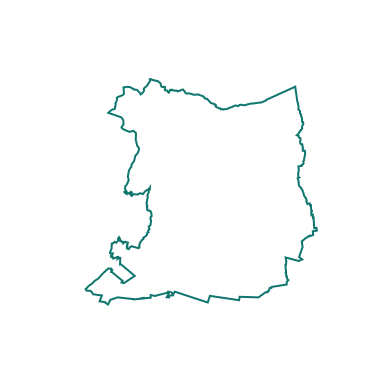 the district of Tlachichuca, Puebla, Mexico, rotated 249°
{"feature_id": "50627088B20721288648973", "entity_name": "Tlachichuca", "entity_type": "district", "adm_level": 2, "iso_a3": "MEX", "parent_name": "Mexico", "parent_adm1": "Puebla", "projection": "equal_earth", "projection_center": [-97.33, 19.148], "detail": "fine", "context": "isolated", "style": "outline", "palette": "teal", "viewbox_px": 384, "rotation_deg": 249, "n_neighbors": 0, "source": "geoboundaries", "source_scale": "gbopen_adm2", "svg_char_len": 6043}
<svg xmlns="http://www.w3.org/2000/svg" viewBox="0 0 384 384"><g transform="rotate(249 192 192)"><path d="M89.2,267.2L89.6,268.9L89.5,270.7L93.0,268.7L100.9,275.5L106.5,276.7L108.1,281.3L109.0,285.7L108.6,285.6L108.4,289.7L112.0,290.7L111.2,294.7L113.9,295.4L114.3,293.1L124.5,296.3L124.5,295.6L127.6,296.6L127.6,295.2L130.7,296.2L130.8,296.8L131.1,297.1L131.6,297.3L132.5,296.8L137.0,298.3L137.1,297.5L139.2,297.7L139.3,295.5L142.3,295.4L142.4,295.8L144.9,296.2L148.6,295.3L151.4,295.7L154.5,295.7L155.6,295.2L156.7,295.4L158.8,294.3L159.5,294.2L162.4,294.8L163.1,295.3L166.9,295.5L167.1,297.1L167.4,296.8L169.1,297.0L170.6,297.6L171.1,297.6L173.8,299.4L177.8,300.6L177.1,303.8L178.0,304.2L177.8,304.7L178.3,305.9L178.9,306.6L180.6,306.8L181.6,308.1L182.6,308.5L186.8,311.2L190.0,312.2L190.4,311.9L190.7,310.2L193.3,311.1L193.3,311.4L196.0,311.6L196.3,312.0L197.0,312.1L197.8,310.7L199.5,310.7L200.0,310.7L201.9,312.1L203.3,312.5L203.8,311.8L204.6,311.4L205.2,311.4L206.2,311.7L207.4,310.2L208.3,312.3L209.8,314.2L210.2,315.5L210.9,315.6L211.5,317.5L213.4,318.1L214.3,318.7L215.8,320.5L216.7,320.3L217.4,320.7L217.6,320.0L218.0,319.9L218.6,320.3L219.3,320.3L220.9,321.0L222.7,321.2L223.7,321.0L225.2,321.6L226.6,321.0L228.6,321.8L229.5,321.6L230.3,321.0L230.9,320.9L233.9,322.2L236.1,322.4L237.3,322.8L238.5,322.7L253.3,326.1L251.4,294.0L250.8,293.4L250.8,288.9L250.9,287.9L251.5,286.5L252.0,283.5L252.7,281.2L252.9,279.8L253.4,279.0L253.6,277.7L253.6,276.6L253.9,276.0L254.0,272.7L254.6,271.2L255.7,269.4L256.2,268.1L256.3,267.6L255.6,265.9L256.9,264.1L257.2,263.4L257.3,262.2L257.0,260.2L257.2,257.6L256.9,255.4L257.5,252.7L257.7,250.8L257.9,250.6L258.4,250.5L258.8,248.6L259.2,248.3L260.1,248.2L260.4,247.4L261.9,246.0L262.6,245.1L263.3,244.9L264.0,245.2L264.2,244.9L265.0,245.3L265.4,244.6L265.7,244.7L266.5,243.9L268.2,241.6L271.0,240.4L272.4,240.1L272.7,239.7L273.6,239.4L274.1,238.3L274.6,238.0L274.7,237.5L276.9,237.1L277.6,236.2L277.9,236.2L279.5,234.1L281.1,232.4L281.3,230.7L281.9,229.7L282.2,228.3L283.3,227.2L285.3,224.3L285.8,222.2L287.1,221.3L288.9,221.2L289.8,220.5L290.8,220.4L291.2,218.9L290.9,217.2L290.9,216.4L291.2,215.7L291.0,214.7L292.3,213.8L292.6,212.5L293.1,211.6L293.5,211.4L293.9,210.4L294.3,210.0L294.4,209.2L294.8,209.5L295.2,208.1L293.1,206.0L294.2,205.3L295.5,205.2L296.6,203.4L297.3,203.2L298.7,204.1L300.0,204.3L300.6,201.9L301.5,201.2L304.6,201.5L305.7,201.1L306.6,200.3L307.3,200.2L308.3,199.2L309.0,197.5L310.2,196.7L310.2,195.9L310.9,195.0L312.0,194.2L312.4,193.0L311.1,192.7L310.0,192.0L309.3,190.5L307.8,189.0L307.6,188.2L306.8,186.9L306.7,186.2L305.9,184.3L305.3,183.8L303.9,183.7L302.6,181.9L301.7,180.1L301.5,179.1L303.3,178.8L306.9,177.3L307.7,176.2L308.1,174.8L309.3,174.4L309.7,173.7L312.4,171.5L312.7,170.4L313.2,169.8L313.6,168.6L313.7,167.6L314.2,165.5L308.3,163.8L307.8,163.1L307.2,161.7L307.3,157.5L307.0,155.7L305.1,155.1L303.0,153.3L302.2,152.2L301.0,152.1L300.0,151.5L299.1,150.5L298.1,150.4L297.4,149.9L297.2,149.3L297.5,147.3L297.3,145.8L295.9,142.2L287.0,152.8L283.8,153.6L279.9,152.5L277.7,149.4L277.3,149.3L275.1,150.4L270.6,155.1L270.1,159.2L267.0,160.8L260.9,158.2L254.9,157.4L252.1,158.2L251.1,157.9L249.8,157.1L248.0,155.5L246.0,152.0L241.5,148.9L239.5,145.6L237.5,144.6L235.9,142.2L234.3,140.6L229.1,137.5L227.5,137.5L225.7,137.1L222.9,134.4L221.9,133.2L221.1,131.6L218.7,130.5L216.5,130.9L215.9,130.1L216.3,129.0L215.6,128.9L213.6,130.2L215.6,131.1L214.6,131.3L213.3,132.4L213.4,132.9L213.1,133.3L213.5,133.1L213.6,134.1L214.1,134.9L213.7,135.3L213.3,135.6L212.8,134.5L211.6,133.5L209.9,134.4L210.6,135.5L211.2,135.8L209.0,140.9L209.4,141.8L209.4,143.3L207.8,145.1L207.7,145.5L209.3,148.3L209.9,150.0L210.3,153.1L211.2,154.3L209.4,153.6L209.6,152.4L209.5,151.9L207.9,151.8L207.1,151.4L205.1,149.3L204.4,149.0L203.4,149.1L200.8,147.3L199.4,146.7L198.2,145.6L196.8,145.6L195.6,144.8L195.1,144.9L194.7,145.3L194.4,145.2L193.8,144.3L192.4,144.3L191.7,143.8L191.1,143.8L190.2,144.5L190.0,145.6L189.2,145.9L188.8,146.5L187.0,146.3L186.6,146.5L183.7,145.5L183.5,144.5L181.6,143.4L180.3,143.7L176.1,141.5L175.5,140.2L175.3,139.2L172.5,139.0L172.4,138.3L171.4,137.0L170.0,136.9L170.1,136.0L169.3,135.0L168.4,134.8L167.9,134.0L167.1,132.1L166.7,130.1L165.5,129.8L165.0,127.7L164.1,126.7L163.4,125.4L160.9,123.5L159.9,123.4L159.1,123.0L159.2,122.4L158.7,121.9L163.0,116.2L162.5,114.0L161.3,112.5L162.3,111.2L163.5,111.1L163.9,111.7L164.3,111.8L164.5,112.3L165.7,112.1L166.5,113.2L167.1,113.2L167.3,113.6L167.7,114.0L169.5,111.8L168.7,109.6L170.0,110.0L170.6,109.1L170.5,108.8L171.0,108.8L171.8,107.7L172.2,108.0L173.8,107.3L174.2,108.0L176.0,107.7L175.3,106.5L174.7,106.1L173.0,106.1L173.0,105.6L171.8,103.1L173.2,101.9L172.5,100.3L172.6,98.6L171.4,98.3L170.4,97.6L168.2,96.8L165.1,93.9L164.2,93.6L163.1,96.1L162.4,95.7L161.3,94.0L161.5,93.6L160.6,93.2L160.0,94.4L159.5,94.2L159.0,94.9L158.1,94.6L158.0,95.6L158.1,98.7L157.9,99.6L156.5,98.7L157.0,100.0L156.0,100.1L155.9,100.4L156.3,101.1L156.2,101.4L150.0,98.8L149.7,99.9L134.2,108.5L131.3,95.9L132.7,93.7L132.9,93.7L133.8,95.4L146.0,88.5L146.2,88.0L147.6,89.4L147.9,88.4L149.4,89.1L150.6,86.5L148.0,79.8L144.7,73.4L144.1,70.2L143.6,68.4L142.9,67.3L142.3,65.7L141.1,61.2L140.5,60.4L139.5,57.9L137.9,58.0L136.3,61.3L135.6,62.2L131.9,63.1L127.7,70.8L123.0,66.5L121.2,69.9L120.0,71.2L120.1,71.7L118.9,71.9L117.0,73.4L120.6,77.0L120.3,84.8L112.8,99.3L112.6,99.2L110.8,105.7L111.0,105.9L110.7,106.5L111.0,106.7L110.9,106.9L110.6,106.7L110.4,107.2L110.7,108.2L110.6,108.7L110.4,109.2L109.9,108.9L109.1,112.2L108.1,115.5L110.6,116.5L108.1,120.4L108.0,122.8L106.8,132.5L107.5,133.9L106.7,135.3L102.8,130.7L101.8,132.8L103.3,133.7L102.4,137.2L105.2,137.1L103.8,138.7L105.1,140.2L83.2,167.1L88.6,171.5L74.1,197.2L77.1,198.9L69.8,216.3L72.1,225.1L71.3,226.6L72.2,227.4L72.0,228.0L74.7,230.3L74.0,231.8L74.8,232.5L71.7,247.2L74.3,248.4L75.2,250.4L77.1,249.7L79.2,250.3L79.7,249.8L80.0,250.2L81.1,250.2L82.9,250.9L83.1,250.5L84.2,251.3L90.3,253.0L90.2,253.5L93.7,255.3L97.3,255.9L89.2,267.2Z" fill="none" stroke="#0f766e" stroke-width="2"/></g></svg>